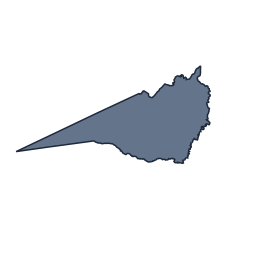 Mathira, Central, Kenya (Mercator projection), rotated 224°
{"feature_id": "3690345B12350857551286", "entity_name": "Mathira", "entity_type": "district", "adm_level": 2, "iso_a3": "KEN", "parent_name": "Kenya", "parent_adm1": "Central", "projection": "mercator", "projection_center": [37.111, -0.356], "detail": "fine", "context": "isolated", "style": "filled", "palette": "slate", "viewbox_px": 256, "rotation_deg": 224, "n_neighbors": 0, "source": "geoboundaries", "source_scale": "gbopen_adm2", "svg_char_len": 5875}
<svg xmlns="http://www.w3.org/2000/svg" viewBox="0 0 256 256"><g transform="rotate(224 128 128)"><path d="M64.3,147.9L64.8,148.3L65.1,149.2L65.5,149.3L65.6,149.9L66.0,150.2L66.2,150.7L65.9,151.1L66.1,151.8L66.8,151.4L67.0,151.8L66.6,152.2L67.7,152.5L67.8,153.0L67.5,153.4L67.5,153.8L67.9,153.6L68.3,153.6L69.0,154.5L69.2,155.0L68.7,155.7L69.0,155.8L68.6,156.1L69.1,156.8L69.4,157.5L69.2,158.0L69.5,158.5L69.8,158.7L70.2,158.5L71.2,158.6L71.1,159.2L70.9,159.8L71.5,160.2L71.9,160.4L72.3,160.7L71.8,161.7L71.9,162.2L71.9,162.7L72.2,163.3L72.7,163.9L72.7,164.3L72.9,165.1L73.0,165.6L73.0,166.2L72.9,166.6L72.5,166.3L71.7,166.3L71.3,166.7L71.1,167.1L70.8,167.5L70.4,167.6L70.0,167.4L69.8,167.6L70.1,168.0L70.1,168.4L70.2,168.7L71.0,169.7L71.5,170.9L72.4,171.2L72.7,171.5L73.0,171.8L73.0,172.3L72.7,172.6L72.3,172.6L72.5,172.9L73.5,174.2L73.6,174.7L73.5,175.8L73.1,176.1L73.5,176.5L73.9,176.5L74.7,177.5L74.5,177.9L73.9,178.5L73.4,178.7L72.9,179.0L72.6,179.6L72.7,180.0L73.0,180.4L73.5,180.7L74.1,180.7L74.6,180.6L74.9,180.2L75.0,179.7L75.3,179.3L75.7,179.4L75.9,180.1L75.9,180.6L75.4,180.7L74.9,181.2L74.7,181.6L74.3,181.9L73.8,182.5L73.5,182.9L73.4,183.2L73.2,183.6L73.3,184.1L73.6,184.3L74.3,183.8L74.6,184.1L74.7,184.5L74.4,184.9L74.2,185.8L72.0,186.6L72.0,187.3L72.6,188.5L72.9,188.7L73.3,188.8L74.2,188.7L74.7,188.9L75.3,188.8L76.5,188.3L77.4,188.5L76.7,189.9L77.0,190.3L77.4,190.7L78.3,190.8L79.0,191.5L79.2,191.9L79.4,192.3L80.0,192.5L80.2,192.9L80.2,193.4L80.3,194.0L80.5,194.5L81.5,196.5L82.5,197.5L82.9,198.5L83.4,198.6L83.9,198.3L84.2,198.1L84.7,198.3L86.6,199.3L86.9,199.7L87.8,199.8L88.2,200.0L88.6,200.7L88.8,201.2L88.3,201.5L88.1,202.0L87.9,202.3L87.9,202.8L88.3,203.0L88.9,203.0L89.6,203.1L90.0,204.0L90.0,205.1L90.2,205.4L90.6,205.5L91.0,205.7L91.3,205.9L91.3,206.3L91.1,207.2L91.1,207.6L91.3,208.3L91.7,208.7L92.1,208.9L92.9,208.8L93.9,208.8L94.6,208.9L94.8,209.5L95.0,209.9L94.4,211.0L94.5,211.5L95.2,211.7L95.9,211.7L96.5,212.4L96.9,212.7L97.8,212.5L98.2,212.5L98.5,212.7L99.3,213.4L100.4,213.3L100.7,213.1L100.8,212.7L101.0,212.3L101.3,211.8L101.8,211.7L102.3,212.0L103.7,211.9L104.4,211.6L104.9,211.6L105.7,210.9L107.0,210.6L108.8,211.0L110.4,210.5L111.0,211.0L111.4,211.2L112.4,211.4L113.0,212.4L113.2,213.1L113.2,213.7L113.1,214.4L112.7,215.2L112.7,215.7L112.8,216.1L113.5,217.1L113.9,217.7L115.6,219.5L116.4,220.3L118.2,222.4L118.6,222.7L119.0,222.6L119.2,221.6L119.1,220.9L119.1,219.7L119.6,219.2L119.7,218.2L119.7,217.4L118.9,215.2L118.3,214.2L118.2,213.7L118.1,213.0L118.2,212.5L118.6,212.1L118.8,211.7L118.9,211.2L118.9,210.7L118.5,209.7L117.7,205.9L118.0,205.5L118.5,205.1L118.8,204.7L119.5,203.7L119.7,203.4L120.0,203.9L121.0,204.5L121.9,204.4L121.9,204.0L121.9,203.5L122.2,203.2L122.2,202.7L122.5,202.4L123.5,203.3L124.3,203.8L124.9,204.0L125.6,204.0L126.0,203.8L126.4,203.5L126.6,202.3L126.0,202.4L125.5,202.6L125.3,202.3L125.4,201.9L126.0,201.1L126.9,200.9L127.7,200.5L128.1,200.3L128.8,199.6L128.8,198.7L129.3,197.6L129.0,197.1L128.8,196.6L128.5,195.7L128.5,194.9L128.1,194.5L127.8,194.1L126.9,193.8L126.2,193.0L126.2,192.6L126.7,192.3L127.1,191.8L126.5,191.1L126.3,190.9L125.8,191.1L125.4,191.1L125.2,190.7L125.2,190.2L125.4,189.6L126.4,188.4L127.1,187.8L127.3,187.5L127.6,187.2L128.5,187.2L129.0,186.8L130.6,185.8L131.8,185.5L132.1,185.2L132.1,184.3L132.0,183.4L132.0,182.4L131.9,181.8L131.9,180.8L132.0,179.8L132.3,178.4L132.2,177.6L131.7,176.5L131.7,176.1L131.7,175.7L132.0,174.7L132.0,174.2L131.7,172.4L131.5,169.6L131.5,168.7L131.7,167.8L131.5,167.0L131.9,166.6L132.2,166.2L133.5,165.6L134.0,165.5L134.6,165.3L135.7,165.6L136.1,165.9L136.7,166.6L137.1,166.8L141.5,166.0L142.4,165.7L142.8,164.7L142.5,164.3L142.7,164.0L142.4,163.3L142.4,162.9L142.5,162.5L142.5,162.1L142.3,161.8L142.4,161.4L142.7,161.2L143.0,160.9L143.1,160.5L143.6,160.5L144.0,160.4L144.2,159.9L145.0,157.9L155.2,131.4L160.2,118.4L175.8,76.7L192.1,33.3L173.0,57.8L143.5,95.1L142.6,95.2L141.7,95.3L140.5,95.8L140.1,96.1L139.2,96.3L138.7,97.0L137.8,97.5L137.0,98.2L136.5,98.4L135.9,98.5L134.8,99.9L134.5,100.2L134.0,101.0L133.3,101.5L132.8,102.0L132.4,102.4L131.4,103.5L128.8,105.3L128.5,105.7L127.5,106.0L127.0,106.0L124.8,106.6L123.7,106.6L122.6,106.4L122.0,106.5L121.1,106.9L120.5,107.0L119.5,106.8L118.7,107.2L118.2,107.0L117.9,106.6L117.5,106.3L117.1,106.5L116.8,106.9L116.4,106.9L116.0,106.7L115.2,106.7L114.0,106.4L113.0,106.8L111.4,107.2L111.0,107.6L111.0,108.8L110.8,109.1L110.5,109.5L110.0,109.8L109.7,110.1L109.3,110.4L108.9,110.5L108.2,110.6L107.0,110.3L106.6,110.6L106.3,110.6L105.5,110.4L105.1,110.8L104.6,110.9L104.3,111.2L104.1,112.1L103.5,112.2L103.0,112.5L102.5,112.9L101.3,113.0L100.4,112.8L99.9,112.7L99.5,112.9L99.2,113.4L98.3,113.7L98.1,114.3L97.5,114.4L97.2,115.0L96.5,115.4L95.9,115.7L95.8,116.3L95.3,116.6L94.5,116.6L94.3,117.0L93.9,116.9L93.6,116.7L92.7,116.9L91.5,117.1L91.0,117.4L89.9,117.6L89.3,118.1L89.1,118.5L88.4,119.2L88.2,119.6L87.9,119.9L87.7,120.3L87.0,121.3L87.2,121.8L86.8,122.0L86.7,122.4L86.4,123.0L86.3,123.4L86.1,123.8L85.8,124.3L85.7,124.9L85.7,125.9L85.2,126.8L84.8,127.0L84.6,127.3L84.5,127.8L83.8,128.5L83.3,128.7L82.7,129.0L82.2,129.2L81.7,129.1L81.2,129.2L80.7,130.1L80.0,130.9L79.4,131.0L78.9,130.9L78.6,131.1L78.3,131.8L77.6,132.3L77.2,133.1L77.4,133.9L77.4,134.4L77.0,134.6L76.5,134.6L76.1,134.8L76.0,135.4L75.7,135.7L75.5,136.4L75.0,137.1L74.5,137.1L74.1,137.0L73.9,137.3L73.5,137.5L73.3,137.8L72.7,138.0L72.3,137.7L72.1,137.2L72.0,136.5L71.8,135.9L71.4,135.9L70.8,135.9L70.6,135.6L69.7,136.0L69.3,136.4L69.1,136.9L68.8,137.4L68.4,137.1L68.1,137.3L68.2,137.7L67.9,138.0L67.4,138.1L67.4,138.6L67.0,138.7L66.5,138.9L66.1,139.5L65.6,139.8L65.1,139.9L64.8,140.3L64.4,140.6L64.3,141.0L64.0,140.9L63.9,141.4L64.3,141.6L64.6,142.0L65.2,142.2L65.6,142.6L66.1,142.8L65.6,143.7L65.2,144.2L65.0,144.7L65.5,145.3L65.3,145.8L65.4,146.2L65.5,146.9L65.2,147.5L64.3,147.9Z" fill="#64748b" stroke="#1e293b" stroke-width="1.5"/></g></svg>